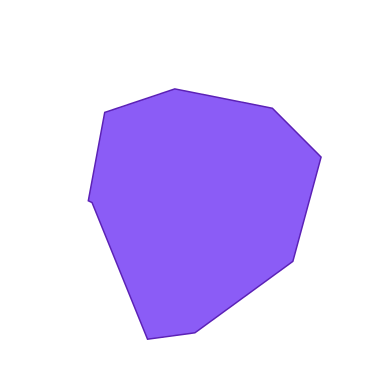 the district of Fond Canie, Castries, Saint Lucia, rotated 323°
{"feature_id": "8701671B84491224846423", "entity_name": "Fond Canie", "entity_type": "district", "adm_level": 2, "iso_a3": "LCA", "parent_name": "Saint Lucia", "parent_adm1": "Castries", "projection": "mercator", "projection_center": [-60.96, 13.992], "detail": "fine", "context": "isolated", "style": "filled", "palette": "violet", "viewbox_px": 384, "rotation_deg": 323, "n_neighbors": 0, "source": "geoboundaries", "source_scale": "gbopen_adm2", "svg_char_len": 288}
<svg xmlns="http://www.w3.org/2000/svg" viewBox="0 0 384 384"><g transform="rotate(323 192 192)"><path d="M103.9,136.6L105.8,140.3L67.9,282.8L109.6,306.2L230.8,308.1L316.1,241.8L306.6,173.5L240.3,99.3L170.2,75.9L103.9,136.6Z" fill="#8b5cf6" stroke="#5b21b6" stroke-width="1.5"/></g></svg>